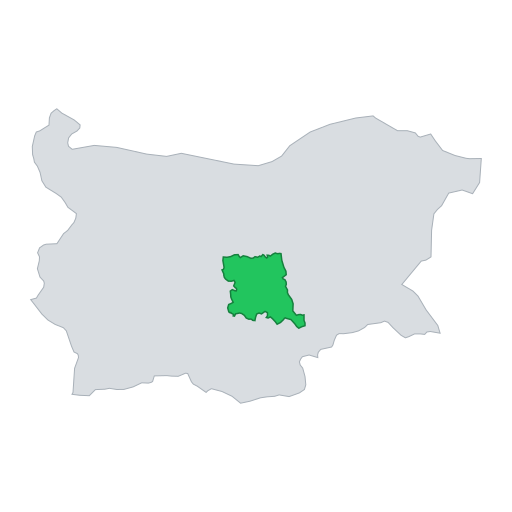 Stara Zagora highlighted on a map of Bulgaria
{"feature_id": "BGR-2233", "entity_name": "Stara Zagora", "entity_type": "Province", "adm_level": 1, "iso_a3": "BGR", "parent_name": "Bulgaria", "parent_adm1": "", "projection": "mercator", "projection_center": [25.503, 42.404], "detail": "fine", "context": "in_parent", "style": "filled", "palette": "green", "viewbox_px": 512, "rotation_deg": 0, "n_neighbors": 0, "source": "natural_earth", "source_scale": "10m", "svg_char_len": 3834}
<svg xmlns="http://www.w3.org/2000/svg" viewBox="0 0 512 512"><path d="M440.1,333.2L430.3,331.5L426.9,332.0L424.7,334.4L420.2,333.9L414.6,333.9L408.7,336.7L405.4,337.8L401.1,335.3L393.0,327.7L388.1,322.4L384.5,321.1L380.8,322.7L367.7,324.5L364.6,327.5L358.5,330.9L352.4,332.6L343.7,333.7L339.1,333.6L336.5,335.2L334.3,340.2L332.9,345.0L331.6,347.0L320.7,349.4L318.3,352.2L317.6,354.9L317.8,357.6L309.1,355.0L302.4,356.7L300.8,358.8L299.4,361.8L300.2,365.0L302.7,368.1L305.0,376.5L305.8,384.8L304.4,389.5L299.4,392.9L289.1,396.6L279.1,394.9L274.7,396.3L267.3,396.8L260.5,397.8L250.0,401.2L240.6,403.2L232.1,396.3L222.0,391.5L211.4,388.7L207.7,390.8L206.1,392.4L197.3,386.2L193.3,384.1L191.4,381.7L187.7,373.5L185.5,373.2L178.2,376.3L171.2,376.1L166.9,375.6L154.3,375.9L152.6,381.5L151.1,382.4L148.4,383.1L141.7,382.8L133.1,386.9L123.9,389.4L116.8,389.5L109.4,388.3L104.9,389.2L95.4,389.6L89.3,395.7L79.9,395.3L72.0,394.3L73.0,392.4L74.6,368.3L78.5,357.6L78.3,355.4L77.5,353.7L74.0,352.0L71.5,346.1L66.3,330.8L63.4,327.7L55.1,324.4L47.9,320.0L41.9,314.1L30.7,299.6L36.4,298.1L38.1,295.2L43.7,287.2L44.3,283.2L43.7,281.0L40.0,277.1L37.4,268.7L39.3,260.8L39.5,256.8L37.6,252.8L39.6,247.8L43.6,245.0L46.2,244.2L56.9,243.7L63.6,233.6L67.7,230.4L72.0,224.7L73.9,222.6L75.8,218.2L76.4,213.6L67.9,207.3L65.1,202.5L61.3,197.2L56.2,193.5L45.9,187.2L41.9,180.8L40.1,172.5L37.4,166.2L34.4,162.1L33.8,158.7L32.6,154.6L32.3,146.5L34.7,135.8L36.3,132.0L39.7,130.9L49.0,125.1L49.4,117.8L51.1,113.2L54.1,110.6L56.8,108.8L61.8,113.1L74.1,119.9L80.1,124.9L79.8,128.0L77.0,131.0L71.7,134.0L68.6,137.9L67.7,142.8L68.5,146.3L72.2,149.3L94.3,145.4L116.7,147.4L146.7,154.1L166.6,156.4L181.3,153.3L208.6,158.9L234.0,164.1L258.3,165.7L272.0,161.6L281.6,156.1L289.8,145.7L310.2,132.0L330.0,124.3L355.8,118.0L373.1,115.9L375.5,118.0L397.5,130.7L407.3,130.7L415.3,132.9L418.1,136.3L420.2,137.1L430.7,134.0L435.3,140.9L442.6,150.5L455.0,155.5L466.1,158.3L469.6,158.7L481.3,158.5L479.6,182.5L472.6,193.7L462.1,190.0L448.7,193.1L441.6,205.7L437.5,209.4L433.9,213.8L431.6,230.2L431.0,256.9L425.9,260.1L421.2,261.1L401.8,284.5L413.0,291.1L418.0,296.1L426.1,309.9L437.8,325.5L440.1,333.2Z" fill="#d9dde1" stroke="#a8b0b8" stroke-width="1"/><path d="M231.6,281.2L228.3,281.1L225.5,279.0L224.3,277.3L223.8,275.2L223.8,273.9L222.0,269.9L223.4,269.4L224.1,267.5L222.9,260.5L223.3,257.0L227.0,257.3L230.7,256.6L234.4,254.8L238.1,254.6L239.1,256.3L240.3,257.6L243.2,255.8L247.1,256.6L250.9,258.3L253.2,258.1L255.0,256.7L256.2,256.9L257.4,257.3L258.7,256.7L259.8,256.0L261.1,256.6L262.8,254.6L264.0,255.2L265.2,256.9L266.7,258.0L267.7,257.0L267.2,255.2L268.9,255.3L270.2,256.1L271.3,255.4L272.6,254.3L275.3,253.0L276.6,253.5L277.9,253.7L279.5,253.4L281.0,253.6L281.8,260.3L283.9,267.3L285.9,271.2L286.2,274.7L282.4,277.6L283.2,279.0L284.9,279.7L286.1,282.0L286.3,284.4L285.5,286.3L287.5,290.0L287.4,292.5L288.3,294.7L291.7,299.4L293.1,303.8L292.8,310.9L296.4,315.3L298.6,314.6L300.7,314.5L302.3,315.2L304.0,314.9L304.0,320.4L305.0,323.0L305.0,325.7L301.8,326.7L298.8,328.2L296.7,326.5L294.8,323.8L291.0,319.6L285.9,318.2L285.3,317.8L284.3,318.4L283.5,319.6L280.5,322.5L277.1,324.2L275.4,321.8L272.4,318.6L270.4,316.9L268.1,318.0L266.3,317.5L267.4,316.0L267.5,314.3L267.4,312.6L265.0,311.4L261.5,313.9L259.0,313.0L256.7,314.0L255.6,317.1L254.9,320.6L254.2,320.4L253.4,320.5L252.6,320.3L251.8,319.5L251.2,319.2L250.4,319.1L248.8,319.2L246.2,318.0L244.4,315.4L241.7,313.5L239.5,313.0L236.9,313.6L235.6,313.8L234.5,316.1L233.2,315.9L233.5,314.5L232.7,313.9L231.6,313.4L230.8,312.5L230.2,312.9L228.8,311.9L227.7,307.9L228.7,304.5L231.1,303.5L233.2,302.3L231.6,299.1L230.8,296.9L230.7,294.5L230.3,291.1L232.3,289.6L235.0,290.8L236.2,290.9L236.7,289.5L236.3,288.3L235.4,287.8L233.7,285.9L235.1,282.4L234.0,280.4L231.6,281.2Z" fill="#22c55e" stroke="#15803d" stroke-width="1.5"/></svg>